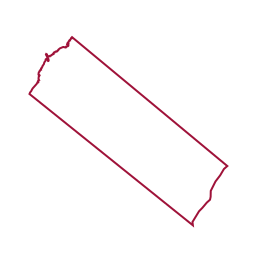 outline of Ngerngesang, Ngchesar, Palau, rotated 216°
{"feature_id": "81905179B58942175915190", "entity_name": "Ngerngesang", "entity_type": "district", "adm_level": 2, "iso_a3": "PLW", "parent_name": "Palau", "parent_adm1": "Ngchesar", "projection": "equal_earth", "projection_center": [134.606, 7.453], "detail": "medium", "context": "isolated", "style": "outline", "palette": "rose", "viewbox_px": 256, "rotation_deg": 216, "n_neighbors": 0, "source": "geoboundaries", "source_scale": "gbopen_adm2", "svg_char_len": 1925}
<svg xmlns="http://www.w3.org/2000/svg" viewBox="0 0 256 256"><g transform="rotate(216 128 128)"><path d="M25.3,155.6L226.7,168.6L226.8,167.7L226.3,167.4L226.8,166.8L226.6,166.1L226.7,165.2L226.8,165.1L226.8,164.7L226.6,164.6L226.9,164.3L226.7,163.8L226.9,163.4L226.8,162.8L226.4,162.2L226.8,162.0L226.9,161.3L226.5,160.6L226.6,160.1L226.5,159.9L226.2,160.0L226.0,160.5L225.8,160.3L225.4,160.5L225.2,159.8L224.8,159.8L224.6,159.3L224.7,159.0L225.0,158.9L225.0,158.6L225.3,158.4L225.5,157.3L225.8,157.6L226.0,157.4L226.0,156.7L227.0,155.8L227.5,155.8L228.1,155.4L229.9,152.4L230.4,150.4L230.1,149.9L230.5,149.1L230.3,148.6L230.6,147.8L231.0,147.6L231.3,147.6L231.7,146.9L231.7,146.3L231.9,146.3L232.3,145.6L232.3,145.2L232.0,144.8L232.3,144.1L232.2,143.8L231.9,143.7L232.4,143.0L232.5,142.4L232.8,142.2L232.9,141.1L233.4,140.7L233.4,140.1L233.8,140.1L234.3,139.5L234.3,139.2L234.9,138.8L236.5,139.6L236.8,139.9L237.7,139.8L237.6,139.2L236.4,138.6L236.1,139.1L235.5,138.7L235.5,138.3L235.0,138.0L234.9,138.0L234.3,137.4L233.8,137.1L233.4,137.1L233.5,137.3L233.2,137.2L232.0,136.2L231.8,135.4L232.0,135.2L232.3,135.3L232.9,135.8L232.9,136.0L233.5,136.0L234.0,136.6L234.6,136.4L234.9,135.2L234.4,135.0L234.4,133.9L234.2,133.5L234.3,132.0L233.6,130.2L233.6,128.4L233.6,127.9L233.3,127.4L233.3,125.6L233.1,125.6L233.1,124.7L232.7,124.2L232.9,124.1L232.9,123.1L233.0,123.1L232.9,122.3L233.0,122.0L232.7,121.7L232.9,120.6L232.2,119.2L231.9,118.8L231.5,118.8L231.6,118.5L231.1,118.2L230.5,118.3L230.5,117.6L230.3,117.5L230.3,116.9L229.7,115.8L229.2,115.1L228.7,114.9L228.5,114.2L228.3,114.2L228.5,113.8L228.3,112.5L227.9,111.9L227.5,112.1L227.5,111.9L227.8,111.6L228.0,110.8L227.8,110.2L228.4,104.1L228.3,102.7L228.0,101.0L228.1,99.2L227.7,97.6L18.3,87.4L20.6,89.9L21.6,102.4L20.9,107.1L20.4,114.0L19.5,118.2L20.7,120.9L24.1,125.8L25.8,136.2L25.6,143.9L26.3,151.2L25.3,155.6Z" fill="none" stroke="#9f1239" stroke-width="2"/></g></svg>